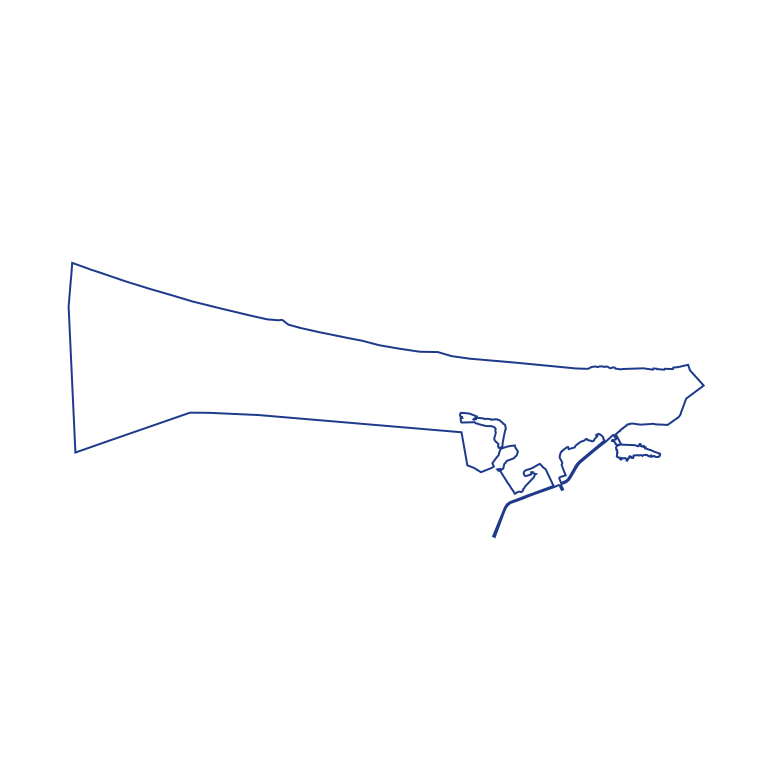 the district of Khur Maksar, `Adan, Yemen, rotated 261°
{"feature_id": "15242507B71955992885975", "entity_name": "Khur Maksar", "entity_type": "district", "adm_level": 2, "iso_a3": "YEM", "parent_name": "Yemen", "parent_adm1": "`Adan", "projection": "robinson", "projection_center": [45.028, 12.865], "detail": "fine", "context": "isolated", "style": "outline", "palette": "blue", "viewbox_px": 768, "rotation_deg": 261, "n_neighbors": 0, "source": "geoboundaries", "source_scale": "gbopen_adm2", "svg_char_len": 6139}
<svg xmlns="http://www.w3.org/2000/svg" viewBox="0 0 768 768"><g transform="rotate(261 384 384)"><path d="M355.4,687.4L354.7,677.7L354.8,674.1L355.0,672.6L354.3,671.7L353.6,671.6L355.1,663.7L354.3,663.1L356.0,655.9L356.4,655.8L357.2,652.5L356.1,651.7L358.9,642.8L361.5,621.8L361.3,620.5L363.0,615.0L364.2,614.4L364.6,612.1L364.2,611.2L364.2,609.8L366.0,607.7L366.5,606.1L366.4,604.4L367.2,602.4L367.7,599.6L367.2,597.8L368.3,595.4L368.3,593.0L368.1,590.6L367.5,589.6L367.1,587.7L369.3,576.1L384.3,518.1L395.6,472.6L401.0,455.0L407.1,442.2L410.3,424.2L416.7,404.0L423.1,385.2L430.3,368.8L435.3,354.9L445.4,327.9L452.3,310.5L457.5,299.0L460.9,295.7L462.3,294.6L463.4,292.8L463.4,290.0L466.1,278.8L472.9,261.7L484.1,234.6L495.4,207.9L504.5,189.0L514.5,167.7L526.0,144.4L536.3,125.0L542.7,112.6L552.4,95.0L538.9,91.8L534.3,90.6L509.7,84.6L364.6,68.5L370.8,102.7L385.6,185.5L386.0,188.1L382.9,206.8L372.9,255.5L324.2,453.0L290.6,453.6L287.1,459.7L281.7,466.0L284.3,477.3L285.3,479.6L288.8,478.7L293.5,483.4L295.8,486.1L298.1,487.0L301.5,489.0L302.1,491.0L302.9,496.0L303.0,501.0L302.7,503.0L302.8,503.6L300.9,503.7L296.3,505.7L292.6,503.8L291.7,502.2L290.4,500.9L288.8,493.3L287.1,491.6L286.3,490.4L282.0,488.6L280.9,486.7L281.5,486.2L282.0,485.1L282.0,483.4L281.9,482.5L280.5,483.5L279.9,485.2L266.6,490.9L263.8,492.4L261.9,493.0L258.5,494.7L255.1,496.1L256.5,499.6L256.5,500.9L255.9,502.4L255.8,503.1L257.5,505.0L258.4,505.0L259.2,506.1L260.7,507.3L268.5,517.5L270.7,518.7L271.3,520.0L272.5,517.6L273.1,517.3L273.8,517.2L273.7,515.5L272.6,515.8L271.6,515.0L271.6,513.8L271.3,512.7L271.0,511.2L271.0,509.1L272.1,508.3L272.9,508.1L274.2,508.0L275.3,508.6L276.0,509.3L276.6,510.6L277.0,512.8L277.3,515.4L278.1,518.1L280.3,524.0L280.7,525.4L279.0,526.8L276.6,528.2L275.0,530.0L273.7,530.6L256.8,535.5L250.8,505.1L249.2,497.8L247.6,489.9L246.9,488.3L246.0,486.8L244.5,485.3L243.2,484.2L216.6,468.0L215.6,469.5L237.9,482.0L242.8,485.1L244.0,486.2L244.9,487.4L245.9,488.9L246.7,490.6L249.4,504.7L250.4,508.6L251.9,515.8L255.5,535.6L256.8,540.9L256.1,541.8L253.1,542.4L251.6,543.0L251.9,544.4L256.4,543.1L257.4,543.6L257.9,546.4L258.3,548.0L258.8,549.1L260.1,551.3L262.2,553.4L267.0,557.4L271.0,560.6L274.1,563.4L276.1,566.0L278.6,570.2L279.4,571.5L286.1,582.7L291.3,592.0L291.9,593.3L297.7,602.1L297.7,603.0L297.2,603.5L296.9,603.0L294.8,604.2L294.8,604.6L293.7,604.8L293.1,604.3L292.8,602.3L292.6,602.2L292.9,600.8L292.7,600.4L292.3,600.2L292.0,600.3L291.7,601.2L292.1,601.7L292.2,602.1L289.2,603.2L288.4,603.4L288.3,604.0L287.7,604.3L287.3,604.3L287.0,604.6L287.3,607.0L286.9,606.9L286.5,604.4L284.8,603.1L282.4,603.3L282.4,603.9L279.7,603.9L279.7,603.5L276.4,602.8L276.1,602.9L275.9,602.7L275.1,603.3L274.8,603.8L274.6,604.7L274.4,605.4L273.5,605.2L273.1,605.4L272.5,605.8L272.3,606.3L272.3,606.6L272.7,607.1L273.6,607.4L273.0,609.5L273.2,610.5L272.3,611.6L272.0,611.7L270.4,611.6L270.3,612.1L271.9,612.3L272.1,612.6L272.0,613.0L271.4,612.8L271.4,613.2L272.1,613.3L272.7,614.8L273.2,615.2L273.8,614.8L274.0,614.9L274.1,615.3L274.2,615.6L274.1,615.8L273.7,615.9L273.4,616.8L272.7,616.6L272.3,616.9L272.0,618.3L272.0,618.6L272.6,618.9L274.3,619.3L274.1,623.0L274.0,623.6L273.5,624.3L273.6,625.7L273.5,627.0L272.6,627.9L273.0,628.2L273.1,629.2L273.0,631.3L272.8,631.6L272.7,632.1L272.9,632.5L272.4,633.2L271.9,633.4L271.2,634.1L271.0,634.7L271.7,636.3L271.7,636.5L270.3,636.5L270.2,636.9L270.8,637.5L270.7,637.8L270.5,637.7L270.4,638.1L270.6,638.5L270.6,639.5L270.3,640.1L270.0,640.1L269.4,641.3L269.1,642.7L269.0,643.3L269.5,644.8L271.0,645.7L271.4,645.6L271.4,645.3L272.1,645.5L275.3,639.6L277.1,637.0L277.2,636.5L278.9,633.3L279.5,631.9L280.5,632.5L281.1,630.9L282.0,631.1L282.1,630.9L281.4,630.6L281.8,629.4L282.3,629.1L282.3,628.9L282.2,628.6L282.5,628.3L282.7,627.7L283.2,627.6L283.5,627.9L284.2,628.1L284.7,627.7L284.7,627.1L284.5,626.8L284.1,626.6L283.8,626.6L283.5,626.8L283.3,626.8L283.5,626.3L282.7,625.4L284.3,622.3L287.0,608.9L295.4,606.0L297.6,605.1L298.1,605.1L300.6,609.1L300.5,609.6L300.8,609.9L301.1,609.8L302.9,612.7L302.8,613.2L303.3,613.7L305.0,616.6L304.9,616.9L305.5,617.3L305.9,618.0L306.0,619.2L306.1,619.8L305.8,620.1L305.8,620.4L306.1,620.7L306.2,621.9L306.0,623.5L303.7,631.1L302.7,641.8L302.5,644.0L301.6,646.0L300.6,651.2L299.2,657.7L305.3,670.0L308.0,672.5L309.5,672.8L310.7,673.7L322.3,680.2L332.5,699.5L349.7,688.3L355.4,687.4ZM263.4,542.3L264.5,543.2L264.8,545.5L265.4,549.2L270.5,547.9L276.6,546.8L277.8,547.7L279.6,547.5L282.7,546.3L284.2,546.0L285.6,546.4L289.0,548.0L289.3,548.8L290.2,549.5L290.1,550.1L291.0,551.1L291.7,552.6L292.9,554.6L292.9,555.9L290.8,556.2L291.5,562.3L293.2,563.7L295.3,567.5L296.5,570.4L296.4,571.6L297.2,573.8L298.0,574.6L297.9,575.8L296.6,576.6L295.6,579.4L294.8,580.5L295.2,582.6L296.6,583.2L297.7,584.7L298.4,585.4L298.7,586.2L299.0,586.5L299.5,586.7L300.1,586.0L300.2,586.6L300.5,586.6L300.8,586.4L301.0,586.8L300.8,587.2L301.2,588.2L300.6,589.2L299.4,590.5L297.2,592.2L296.6,592.1L296.3,592.2L295.4,592.1L294.3,592.7L293.5,592.8L292.6,591.0L289.2,585.5L277.3,565.5L274.9,562.3L273.2,560.6L269.3,557.6L262.5,552.0L260.9,550.4L260.0,549.0L259.5,547.5L258.4,543.5L263.4,542.3ZM327.0,477.0L329.6,471.1L330.3,470.1L330.7,468.6L332.1,467.5L333.2,458.9L333.8,454.7L334.1,454.3L334.6,454.1L337.9,454.3L338.4,455.0L338.2,456.0L339.3,455.9L339.7,454.5L340.6,454.2L341.6,454.2L341.8,454.5L342.3,454.5L343.4,455.3L343.4,456.0L342.8,458.3L342.7,459.2L341.3,464.0L337.4,470.7L336.8,470.7L336.5,469.5L335.1,466.8L334.6,467.3L335.5,468.9L335.3,469.0L334.8,468.8L334.7,469.3L336.0,470.6L335.9,471.2L335.5,473.1L335.0,474.6L334.6,476.5L333.8,477.5L333.4,480.8L332.6,483.7L332.1,483.9L331.9,484.3L332.0,484.8L331.8,485.5L332.0,486.1L331.6,487.1L331.8,488.7L331.2,490.4L330.7,490.9L330.8,491.4L330.4,492.1L327.2,495.1L326.2,495.4L325.6,496.4L324.4,497.3L321.5,497.2L320.6,497.4L320.0,496.9L318.7,496.2L313.2,494.1L307.0,491.9L304.4,491.4L303.5,490.9L303.0,489.2L302.9,487.6L304.6,486.8L306.6,487.7L310.6,484.7L311.6,484.4L313.6,484.5L314.9,485.3L318.4,486.8L320.5,486.6L322.0,487.2L322.7,487.2L324.4,485.8L325.7,483.0L326.3,479.1L327.0,477.0Z" fill="none" stroke="#1e3a8a" stroke-width="2"/></g></svg>